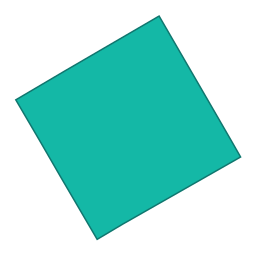 outline of Orange, Indiana, United States of America, rotated 330°
{"feature_id": "52423323B3825841666774", "entity_name": "Orange", "entity_type": "district", "adm_level": 2, "iso_a3": "USA", "parent_name": "United States of America", "parent_adm1": "Indiana", "projection": "natural_earth1", "projection_center": [-86.529, 38.541], "detail": "fine", "context": "isolated", "style": "filled", "palette": "teal", "viewbox_px": 256, "rotation_deg": 330, "n_neighbors": 0, "source": "geoboundaries", "source_scale": "gbopen_adm2", "svg_char_len": 292}
<svg xmlns="http://www.w3.org/2000/svg" viewBox="0 0 256 256"><g transform="rotate(330 128 128)"><path d="M44.9,47.5L45.2,96.0L45.2,136.1L45.6,209.0L75.2,208.6L211.0,209.4L211.1,193.4L211.1,159.1L210.9,46.6L102.4,47.0L44.9,47.5Z" fill="#14b8a6" stroke="#0f766e" stroke-width="1.5"/></g></svg>